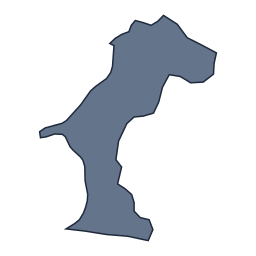 SVG path tracing the border of La Estrelleta
{"feature_id": "DOM-1972", "entity_name": "La Estrelleta", "entity_type": "Province", "adm_level": 1, "iso_a3": "DOM", "parent_name": "Dominican Republic", "parent_adm1": "", "projection": "mercator", "projection_center": [-71.627, 18.975], "detail": "fine", "context": "isolated", "style": "filled", "palette": "slate", "viewbox_px": 256, "rotation_deg": 0, "n_neighbors": 0, "source": "natural_earth", "source_scale": "10m", "svg_char_len": 930}
<svg xmlns="http://www.w3.org/2000/svg" viewBox="0 0 256 256"><path d="M40.5,137.7L39.6,131.7L45.2,127.9L62.1,123.3L66.4,120.6L80.7,104.8L90.5,91.0L95.5,86.5L106.6,78.5L110.8,72.3L112.5,66.3L114.0,45.6L109.8,43.5L115.3,38.3L121.9,34.3L128.9,31.7L131.3,25.3L135.3,20.5L143.4,22.7L151.2,25.3L157.9,21.2L163.5,15.4L177.2,24.2L187.3,37.8L202.0,45.2L216.4,52.9L214.1,63.4L213.5,74.1L203.2,82.1L190.6,82.8L180.3,76.5L169.2,74.7L162.5,87.2L158.7,102.1L153.5,113.1L143.3,116.1L134.1,117.0L126.8,123.6L118.6,141.0L115.9,159.7L121.6,167.0L117.6,183.9L125.1,188.8L131.7,194.6L134.1,202.6L134.1,211.1L140.2,217.6L149.1,219.7L152.9,229.6L148.2,240.6L127.5,236.2L106.5,234.5L84.3,231.0L66.0,228.9L74.9,223.4L79.5,219.6L83.4,213.1L85.6,207.3L87.3,200.8L87.7,194.3L85.1,180.7L84.8,166.6L82.9,160.2L80.5,157.0L73.0,150.1L70.0,146.6L65.3,136.7L62.3,134.3L54.6,134.0L46.4,136.8L40.5,137.7Z" fill="#64748b" stroke="#1e293b" stroke-width="1.5"/></svg>